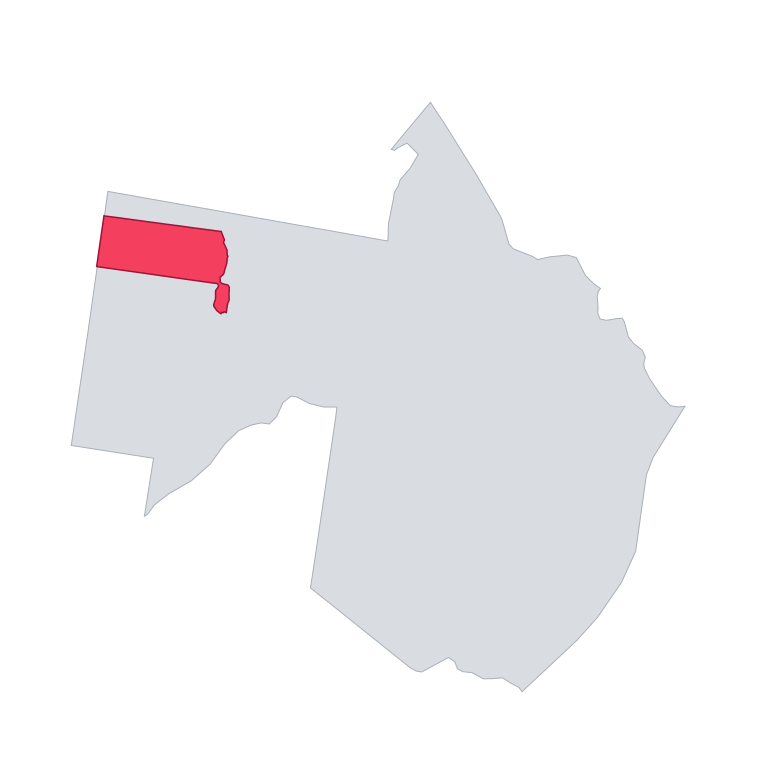 location of Flores, Petén, Guatemala, rotated 278°
{"feature_id": "79465075B29101343458737", "entity_name": "Flores", "entity_type": "district", "adm_level": 2, "iso_a3": "GTM", "parent_name": "Guatemala", "parent_adm1": "Petén", "projection": "orthographic", "projection_center": [-89.621, 17.359], "detail": "fine", "context": "in_parent", "style": "filled", "palette": "rose", "viewbox_px": 768, "rotation_deg": 278, "n_neighbors": 0, "source": "geoboundaries", "source_scale": "gbopen_adm2", "svg_char_len": 4236}
<svg xmlns="http://www.w3.org/2000/svg" viewBox="0 0 768 768"><g transform="rotate(278 384 384)"><path d="M98.5,563.5L102.3,559.8L105.5,551.1L109.5,542.2L107.2,531.8L105.9,523.4L110.4,511.2L110.1,502.0L112.2,496.4L118.7,492.8L122.2,485.9L104.1,461.5L104.2,456.0L106.7,449.3L121.9,423.7L140.0,393.3L159.9,359.8L171.8,339.6L214.7,340.0L243.1,340.2L279.1,340.4L318.3,340.6L344.0,340.8L354.6,340.6L352.8,327.4L354.3,312.7L359.0,299.5L359.1,293.6L351.4,286.5L336.6,282.2L328.4,275.8L328.4,267.8L324.8,258.1L317.7,246.7L302.9,234.9L280.4,222.9L261.4,206.7L245.7,186.5L232.4,173.5L222.1,168.0L219.7,165.1L249.9,165.6L278.4,166.1L278.8,137.3L279.2,111.7L279.6,82.9L331.1,83.2L392.7,83.6L456.6,83.7L506.8,83.8L536.3,83.7L535.0,119.5L533.5,161.0L532.5,191.5L531.0,232.1L529.5,273.7L527.5,330.4L526.1,367.1L526.8,367.9L543.7,366.1L568.8,367.6L574.9,367.5L582.6,370.7L588.5,371.6L601.2,379.8L616.2,386.0L625.7,373.3L620.6,365.7L616.9,361.9L617.4,358.5L669.5,390.8L663.4,395.9L650.3,407.6L626.4,427.6L605.0,445.6L584.3,461.8L565.7,476.4L563.5,477.8L539.9,488.3L535.9,493.1L530.9,513.6L528.6,518.7L532.9,530.1L537.2,547.7L535.9,556.9L519.5,568.3L512.0,578.5L508.7,585.1L505.7,583.4L500.6,582.9L488.9,585.4L483.2,586.0L478.5,588.9L478.0,595.3L481.2,605.6L482.3,610.9L479.0,613.3L464.5,619.5L458.8,625.6L453.4,635.0L447.0,639.0L440.4,638.3L435.7,639.7L425.7,646.7L410.5,660.5L402.4,670.6L402.2,678.3L403.8,685.1L348.8,660.7L330.5,656.5L253.3,656.5L220.3,646.7L182.7,627.9L157.4,611.0L98.5,563.5Z" fill="#d9dde1" stroke="#a8b0b8" stroke-width="1"/><path d="M512.4,201.6L512.3,197.6L512.3,197.1L512.3,193.9L512.3,193.7L512.3,190.4L512.2,186.1L512.2,178.4L512.1,176.2L512.1,168.3L512.1,168.1L512.1,166.4L512.1,164.3L512.1,158.0L512.0,157.5L512.1,157.3L512.0,155.8L512.0,147.7L511.9,147.6L511.9,142.5L511.9,134.4L511.9,134.1L511.9,132.4L511.8,132.2L511.8,122.8L511.7,103.1L511.7,98.2L511.6,91.2L511.6,88.0L511.5,85.7L511.6,83.3L460.4,83.1L460.3,86.0L460.3,94.6L460.3,95.4L460.3,103.0L460.3,122.8L460.3,142.6L460.2,162.4L460.2,182.2L460.2,202.0L460.3,203.8L460.3,204.5L460.2,204.8L459.9,205.3L459.6,205.7L459.2,206.0L458.6,206.3L458.1,206.4L457.7,206.4L457.0,206.3L455.5,205.6L455.0,205.2L454.6,205.0L453.5,204.4L452.2,204.3L450.8,204.5L450.7,204.6L450.1,204.6L448.5,204.8L448.4,204.9L448.0,205.0L447.6,205.0L447.2,205.1L446.3,205.1L446.2,205.2L444.9,205.3L443.7,205.2L441.9,204.7L440.8,204.7L439.7,204.4L438.8,204.3L438.2,204.4L437.8,204.5L437.2,204.8L436.4,205.4L436.3,205.6L435.2,206.6L434.8,206.9L433.5,208.3L433.3,208.5L433.1,208.6L433.1,208.8L432.9,209.3L432.7,209.5L432.5,209.9L432.2,210.4L431.8,211.0L431.3,211.8L430.9,212.7L431.2,212.8L431.5,213.0L432.5,213.4L432.6,213.5L432.2,214.0L432.1,214.6L432.4,215.0L432.7,215.3L433.2,215.5L433.2,215.9L433.0,216.9L432.8,217.9L436.0,217.9L438.6,217.9L438.9,217.9L439.6,217.9L440.8,217.9L441.4,218.1L441.8,218.0L443.1,218.2L443.5,218.3L444.6,218.8L445.5,218.9L447.0,218.8L447.5,218.6L449.3,218.4L450.6,218.1L451.5,218.0L452.2,217.9L452.8,217.7L453.8,217.8L454.1,217.9L454.8,217.8L454.9,217.7L455.4,217.6L456.6,217.6L457.2,217.4L457.9,217.4L458.1,217.4L458.4,217.2L459.6,216.3L460.2,215.7L460.3,215.5L460.7,211.4L461.1,209.4L461.2,208.9L461.3,208.8L461.4,208.6L462.0,208.0L462.3,207.6L462.7,207.2L463.7,207.5L464.6,207.3L464.8,207.2L465.7,206.9L465.9,206.8L466.3,206.7L466.8,206.8L468.0,207.9L468.2,208.1L468.3,208.1L468.6,208.3L468.9,208.5L469.1,208.5L469.9,209.5L470.4,209.7L470.5,209.8L470.8,209.9L471.3,210.0L473.2,210.3L473.5,210.3L474.3,210.4L474.8,210.4L475.4,210.4L477.6,210.9L477.8,210.9L479.2,211.1L481.5,211.5L482.2,211.4L483.0,211.5L484.4,211.4L485.4,211.4L485.5,211.4L485.8,211.3L485.8,211.2L486.7,211.1L487.4,211.2L487.7,211.4L488.4,211.7L488.7,211.6L488.8,211.6L489.1,211.5L489.3,211.3L490.1,210.6L491.2,210.6L492.4,210.2L493.1,210.2L494.1,210.1L495.0,209.8L495.9,209.2L496.3,208.9L496.7,208.7L497.1,208.4L498.1,207.8L498.3,207.8L498.6,207.5L499.1,207.2L500.1,206.5L500.3,206.3L501.4,205.6L502.1,205.5L503.0,205.5L503.6,205.8L504.2,205.9L505.0,205.8L505.1,205.6L505.3,205.5L505.7,205.3L506.4,204.8L507.6,204.2L507.9,204.1L508.1,203.8L508.4,203.8L508.6,203.7L509.4,203.2L510.2,202.7L510.8,202.4L511.5,202.0L511.9,201.9L512.4,201.6Z" fill="#f43f5e" stroke="#9f1239" stroke-width="1.5"/></g></svg>